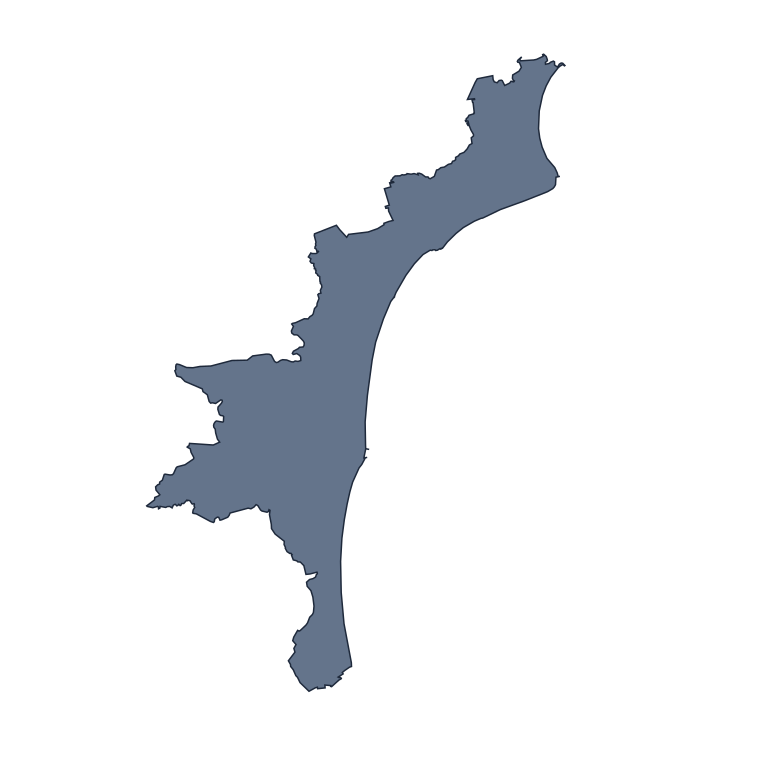 the district of Alvarado, Veracruz, Mexico, rotated 74°
{"feature_id": "50627088B94546809143043", "entity_name": "Alvarado", "entity_type": "district", "adm_level": 2, "iso_a3": "MEX", "parent_name": "Mexico", "parent_adm1": "Veracruz", "projection": "mercator", "projection_center": [-95.869, 18.829], "detail": "fine", "context": "isolated", "style": "filled", "palette": "slate", "viewbox_px": 768, "rotation_deg": 74, "n_neighbors": 0, "source": "geoboundaries", "source_scale": "gbopen_adm2", "svg_char_len": 6170}
<svg xmlns="http://www.w3.org/2000/svg" viewBox="0 0 768 768"><g transform="rotate(74 384 384)"><path d="M435.7,645.7L436.4,645.4L439.2,640.3L439.2,635.3L439.9,634.8L441.8,635.1L441.5,633.6L439.9,633.0L442.5,627.8L442.1,626.2L442.6,623.8L444.3,622.2L443.9,622.2L444.1,621.3L442.5,620.0L442.1,618.7L442.2,617.7L444.0,616.8L443.9,615.6L443.1,614.4L444.7,613.5L444.5,612.6L443.1,611.5L443.7,609.5L441.3,605.5L442.0,605.2L441.8,604.4L442.7,602.7L446.1,601.7L446.6,601.2L446.7,599.5L447.4,599.4L448.8,600.2L450.5,600.0L452.5,602.2L455.1,603.4L455.7,603.1L457.1,600.2L468.3,588.7L470.1,586.1L469.6,585.1L467.2,584.0L466.2,581.6L466.1,580.5L466.7,579.6L469.7,579.2L469.8,577.5L469.0,570.9L467.6,569.1L465.6,567.5L465.9,548.8L467.3,546.3L466.4,542.8L464.7,540.2L466.1,538.8L471.1,537.4L472.5,536.3L475.0,531.8L474.8,530.4L473.1,529.2L474.0,528.4L478.0,530.1L487.8,531.0L492.0,532.0L498.3,530.0L507.7,523.2L510.8,524.3L513.8,523.8L514.7,524.2L518.4,523.4L520.9,521.3L521.1,520.1L522.7,519.4L522.9,520.1L528.1,519.7L529.9,516.6L531.2,515.9L532.1,513.5L536.5,511.1L545.5,511.5L546.2,507.6L546.4,500.3L547.3,500.2L548.0,500.4L548.5,501.5L550.7,503.0L551.5,505.8L551.4,509.5L553.2,513.1L557.3,513.6L562.5,511.2L569.2,511.1L578.2,512.5L584.1,514.8L585.8,516.3L587.7,519.7L592.5,523.3L594.2,525.4L597.9,532.5L598.1,533.8L597.0,534.9L602.4,540.5L605.6,542.5L610.2,540.4L613.3,543.5L617.2,543.5L623.7,552.2L627.8,551.2L629.8,551.6L633.6,550.0L640.1,549.1L642.1,548.0L647.9,547.0L658.7,540.8L657.1,533.7L657.1,531.6L658.6,531.8L659.9,524.4L657.1,523.8L659.2,518.3L660.0,518.6L660.5,517.8L656.2,509.0L655.5,506.3L655.1,506.1L653.1,507.9L653.7,508.3L653.1,508.9L651.4,503.2L649.8,503.6L648.5,500.5L646.7,495.2L646.6,493.1L642.9,492.2L603.3,488.5L572.6,482.6L542.5,474.6L520.7,467.0L503.4,459.5L489.4,452.6L478.2,446.5L469.7,441.2L457.8,431.1L455.2,427.5L449.8,422.3L449.9,420.4L449.5,423.7L441.2,419.4L442.8,416.3L441.1,419.4L438.1,418.7L415.3,412.6L390.4,403.1L357.5,388.7L341.5,380.5L321.1,366.5L306.6,354.8L303.5,350.7L304.1,350.1L303.4,350.6L303.1,350.3L303.8,349.6L303.0,350.1L299.3,347.2L285.6,333.0L276.8,321.7L270.3,310.8L268.1,302.7L268.9,301.1L268.5,300.3L269.0,298.0L269.9,297.6L270.1,295.8L269.3,292.8L269.9,292.6L269.9,291.5L269.3,290.6L269.6,290.3L264.9,283.9L259.1,273.2L255.5,264.6L252.4,252.2L251.5,245.1L251.7,243.4L248.4,224.1L246.6,198.0L244.2,173.7L242.7,167.9L241.5,166.0L239.7,164.2L232.6,161.7L232.9,157.7L232.5,159.4L228.9,159.3L223.0,160.2L212.0,165.2L199.8,166.7L190.6,166.5L181.2,165.1L164.3,159.5L150.3,152.1L142.1,145.9L135.1,139.1L128.0,129.4L126.9,127.0L126.2,123.9L127.9,122.9L127.7,122.3L124.9,123.8L124.3,125.2L124.8,127.2L127.2,129.9L124.4,132.1L121.3,131.3L120.3,132.2L120.6,135.3L121.4,136.8L121.2,140.6L119.3,140.2L118.3,137.8L117.0,137.6L113.9,137.8L111.0,139.6L111.1,140.7L111.7,140.7L112.1,139.7L112.9,141.0L114.0,147.8L113.8,150.8L110.9,163.9L109.5,164.0L107.5,161.5L109.5,165.8L110.6,166.9L111.6,166.7L112.3,165.2L117.5,164.7L120.5,168.0L122.4,175.1L125.5,176.3L127.7,176.0L128.6,175.1L129.2,175.6L129.2,176.5L128.0,178.4L129.4,180.3L130.3,185.7L125.0,186.7L124.3,187.5L124.0,189.7L125.6,192.2L124.0,194.7L121.5,195.2L117.6,194.5L116.3,210.2L119.2,213.2L133.5,225.4L134.7,218.4L135.5,218.5L135.2,221.1L137.8,221.2L138.0,220.8L148.4,222.5L148.4,223.1L149.0,223.3L149.1,228.2L151.0,230.2L151.5,231.7L153.1,232.3L153.1,233.1L154.2,233.1L154.2,231.0L154.6,230.7L155.9,230.8L156.0,232.4L156.7,232.4L156.6,231.2L157.1,230.8L158.0,230.9L157.9,232.1L158.6,232.0L159.0,230.9L163.9,230.4L168.7,229.2L170.2,229.6L171.4,232.3L177.1,233.1L177.8,236.1L180.9,239.2L183.4,243.3L183.8,247.8L185.2,249.6L185.9,252.7L188.1,253.3L188.8,254.9L188.8,256.7L190.7,258.3L190.6,261.6L192.1,266.2L191.7,269.7L192.9,272.7L192.8,274.5L198.3,278.4L199.4,283.0L198.6,284.1L197.1,284.6L196.4,287.0L192.6,289.9L191.1,292.0L190.8,293.5L192.3,293.5L190.0,297.1L189.8,300.1L188.1,303.9L188.7,304.4L188.6,307.2L187.8,308.9L188.3,311.2L187.1,316.0L188.2,318.4L189.8,320.0L190.1,321.1L191.1,321.4L192.3,319.1L192.9,319.1L192.8,321.9L192.1,321.9L192.1,323.1L196.4,323.1L196.4,329.8L213.5,329.6L213.7,333.8L215.6,333.8L216.0,331.2L219.1,331.9L229.3,330.2L229.1,334.5L229.5,339.8L230.9,340.1L232.9,347.3L233.5,357.4L230.4,376.8L232.7,379.4L223.3,384.1L218.3,386.0L220.5,409.4L222.0,410.1L229.0,410.3L230.4,411.2L232.1,411.3L232.8,412.3L234.5,413.0L235.8,411.9L238.3,412.0L238.1,410.8L238.7,410.5L239.8,412.7L239.8,413.6L238.7,417.3L237.9,418.2L241.0,421.7L243.5,419.8L245.7,421.3L247.7,420.5L248.9,418.2L250.9,419.0L252.9,418.6L253.9,419.2L254.5,418.1L255.5,418.5L256.0,418.0L258.4,419.0L260.5,417.6L261.3,417.8L263.0,416.2L267.7,417.3L268.6,416.9L269.3,417.5L271.4,416.7L273.7,417.0L276.5,419.4L279.3,419.6L279.2,421.8L279.9,423.0L283.9,422.9L288.1,426.1L290.5,427.0L292.3,430.0L297.0,432.7L298.1,434.1L298.8,436.6L300.5,439.0L299.3,442.7L300.7,452.2L300.5,455.4L300.9,456.2L303.7,455.2L307.5,458.4L309.6,458.6L311.9,457.0L312.7,454.4L313.6,453.3L320.4,449.7L322.4,449.3L324.9,450.2L326.1,451.6L325.4,455.2L326.3,456.5L327.5,462.0L329.3,463.7L330.6,463.1L330.7,459.4L333.5,457.1L335.2,456.7L338.5,457.5L338.6,460.4L337.4,463.1L337.8,465.1L337.0,467.1L334.1,470.9L332.7,474.7L332.8,477.0L333.8,480.0L333.7,481.6L332.1,483.0L325.2,484.4L323.7,486.2L322.8,489.0L320.8,502.5L323.4,508.9L319.5,523.6L319.0,545.4L316.4,556.1L315.7,563.2L313.7,569.3L309.0,575.2L307.7,577.6L308.1,578.5L310.0,579.5L312.8,580.1L313.6,581.4L319.3,581.0L321.5,577.4L326.7,574.6L338.6,560.0L341.4,560.1L345.6,556.8L352.6,556.9L354.6,555.9L354.8,554.0L356.3,551.3L354.3,545.2L355.0,544.1L356.2,544.2L357.6,545.5L360.4,549.9L362.6,550.7L367.9,550.6L369.2,549.7L370.1,547.7L371.1,547.1L375.8,548.7L376.2,549.5L373.4,555.2L373.6,556.3L375.1,558.2L376.7,559.2L378.6,559.5L380.9,558.7L384.7,559.3L391.1,559.3L394.6,558.0L395.6,564.9L387.5,587.3L389.6,588.5L390.0,590.3L390.5,590.6L392.9,588.1L396.5,588.3L402.2,587.1L403.5,587.6L406.8,597.6L406.6,605.6L407.2,606.8L412.1,611.0L412.9,612.5L412.5,614.7L410.3,619.3L410.4,620.2L415.4,623.6L416.5,626.7L418.3,627.3L418.5,629.3L419.9,631.9L423.2,632.4L428.7,630.0L429.4,631.6L429.9,635.6L432.2,636.6L435.7,645.7Z" fill="#64748b" stroke="#1e293b" stroke-width="1.5"/></g></svg>